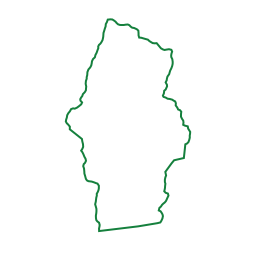 outline of Bonito, Bahia, Brazil, rotated 7°
{"feature_id": "56859067B59206206235036", "entity_name": "Bonito", "entity_type": "district", "adm_level": 2, "iso_a3": "BRA", "parent_name": "Brazil", "parent_adm1": "Bahia", "projection": "robinson", "projection_center": [-41.324, -11.969], "detail": "fine", "context": "isolated", "style": "outline", "palette": "green", "viewbox_px": 256, "rotation_deg": 7, "n_neighbors": 0, "source": "geoboundaries", "source_scale": "gbopen_adm2", "svg_char_len": 2805}
<svg xmlns="http://www.w3.org/2000/svg" viewBox="0 0 256 256"><g transform="rotate(7 128 128)"><path d="M174.4,101.7L172.6,99.8L172.5,97.6L171.6,95.9L169.8,95.2L168.5,94.5L165.9,94.1L163.7,94.1L161.7,93.2L159.5,92.8L158.7,91.7L159.4,89.3L159.4,86.6L160.7,85.2L161.2,83.5L161.7,81.9L161.4,80.4L159.8,78.1L160.6,75.9L160.6,74.3L160.9,72.1L162.3,69.6L162.6,67.5L162.9,65.8L163.7,63.6L164.3,61.1L164.5,58.9L164.3,56.9L163.6,54.3L162.3,52.3L162.0,50.6L162.1,48.7L162.5,46.8L161.5,45.1L159.1,44.8L156.6,45.5L154.8,46.1L153.2,45.8L151.0,44.9L146.1,40.3L144.2,40.7L142.1,40.7L140.3,39.9L138.6,39.1L137.0,37.9L135.0,37.6L132.5,37.2L130.1,36.8L128.1,36.9L127.2,34.8L126.9,32.5L126.4,30.1L124.9,29.0L123.5,28.5L121.9,28.0L119.9,27.9L118.4,27.1L116.8,25.8L115.2,25.3L113.2,25.7L111.2,26.3L109.7,26.5L107.4,26.7L105.5,26.3L103.8,25.1L102.7,24.0L100.6,22.8L99.2,22.2L97.2,22.3L94.7,22.9L94.2,25.3L93.3,27.6L93.4,29.9L92.9,32.1L92.6,34.0L92.1,36.6L92.2,38.6L92.3,40.4L92.2,42.0L92.0,43.9L91.0,46.4L90.2,47.8L89.1,49.0L88.5,50.7L88.8,52.4L88.3,54.3L87.9,56.2L87.5,57.7L86.8,59.4L86.5,61.9L84.9,63.8L84.1,66.2L84.1,68.2L83.9,70.4L83.1,72.5L81.6,74.7L80.9,77.5L81.1,80.4L80.8,82.6L81.0,84.1L80.5,86.4L80.6,89.3L81.5,92.0L81.5,93.7L81.6,95.7L80.8,97.6L79.1,99.9L78.7,101.9L77.8,103.4L77.1,105.2L77.5,106.7L79.3,108.2L78.7,110.2L76.8,112.2L74.9,114.0L72.8,115.3L71.1,115.2L69.2,116.2L68.3,118.5L67.0,120.5L66.1,122.7L66.0,125.2L65.6,127.1L65.5,129.1L66.7,130.8L68.0,131.7L70.1,133.7L70.4,136.4L83.6,144.5L84.3,146.9L85.3,149.5L85.8,152.2L85.2,154.3L84.3,156.2L85.7,157.6L87.0,159.6L88.2,161.8L89.6,163.7L90.3,165.7L89.6,167.8L88.5,169.2L88.2,171.3L89.3,173.6L89.9,176.3L90.3,178.6L91.2,180.6L91.8,182.1L92.4,183.6L93.6,185.0L95.1,185.6L96.8,185.6L98.5,185.6L101.0,186.1L102.9,186.6L104.5,186.9L106.1,188.8L106.4,191.5L106.3,193.2L105.8,195.1L105.0,197.1L105.3,198.9L105.0,201.0L105.0,203.5L105.0,205.1L104.7,207.7L105.8,210.3L106.5,212.1L106.8,214.2L106.9,216.3L106.8,219.0L107.2,221.4L107.8,223.3L108.9,224.4L110.8,225.5L111.7,227.7L111.7,229.4L111.5,231.3L111.9,233.8L150.0,224.4L168.7,218.9L171.6,217.8L172.4,216.1L173.2,213.6L173.4,211.2L172.8,209.6L171.9,208.3L170.5,206.7L168.6,206.1L168.9,203.5L170.3,201.9L171.1,200.2L172.2,198.8L173.5,197.5L174.5,196.0L175.0,194.6L175.7,192.3L176.4,190.2L175.6,188.2L173.3,187.7L171.7,186.4L171.9,184.7L172.0,182.9L171.9,181.0L171.9,178.7L171.2,177.1L170.9,174.8L171.1,172.4L171.6,170.5L171.1,169.1L170.4,167.0L175.6,157.7L177.7,154.4L185.7,151.5L187.1,151.0L186.9,137.2L188.5,136.2L189.7,134.6L190.2,132.5L190.5,130.1L190.2,128.0L190.3,126.1L190.2,124.3L189.1,122.9L187.8,121.3L187.1,119.1L184.1,118.7L182.4,118.1L182.4,115.7L181.9,113.9L180.5,112.3L179.2,110.3L178.9,107.5L178.9,105.4L177.5,104.0L175.5,103.5L174.4,101.7Z" fill="none" stroke="#15803d" stroke-width="2"/></g></svg>